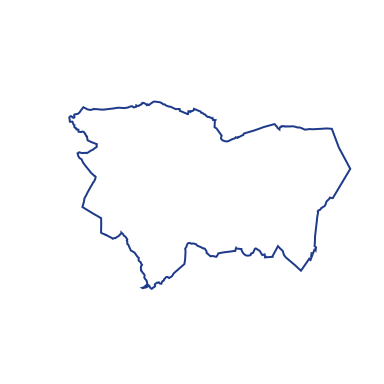 the district of Irimbo, Michoacán, Mexico, rotated 110°
{"feature_id": "50627088B92486141499695", "entity_name": "Irimbo", "entity_type": "district", "adm_level": 2, "iso_a3": "MEX", "parent_name": "Mexico", "parent_adm1": "Michoacán", "projection": "orthographic", "projection_center": [-100.467, 19.711], "detail": "fine", "context": "isolated", "style": "outline", "palette": "blue", "viewbox_px": 384, "rotation_deg": 110, "n_neighbors": 0, "source": "geoboundaries", "source_scale": "gbopen_adm2", "svg_char_len": 6030}
<svg xmlns="http://www.w3.org/2000/svg" viewBox="0 0 384 384"><g transform="rotate(110 192 192)"><path d="M194.8,312.7L196.7,311.5L198.0,310.2L198.7,308.8L199.0,307.0L201.5,304.6L203.9,301.0L207.1,295.6L208.6,293.3L209.6,290.7L210.2,289.6L210.2,288.6L210.7,287.7L213.0,287.4L215.4,287.6L217.4,288.3L219.5,288.5L221.2,288.9L228.2,290.0L231.2,290.3L234.7,290.9L237.7,290.3L243.6,289.8L246.0,278.0L247.7,268.4L255.6,265.5L261.2,263.6L261.6,262.8L261.7,258.4L261.9,258.4L261.9,257.8L261.9,256.4L262.1,255.9L262.4,253.8L262.5,252.3L263.0,250.4L262.5,250.1L262.0,249.3L261.8,249.0L261.6,248.7L261.6,248.3L258.0,245.6L256.0,244.8L255.3,244.6L255.0,244.1L254.8,244.0L254.4,244.2L255.3,242.2L255.8,241.7L256.5,240.7L256.6,239.7L256.7,239.3L258.7,236.6L259.9,236.7L260.5,235.9L261.7,235.6L262.4,235.2L263.1,234.9L263.2,233.9L263.8,233.4L266.5,230.8L267.9,229.4L268.2,227.2L268.6,225.3L271.3,221.4L271.9,220.2L272.2,219.4L273.7,219.1L274.6,218.7L275.1,217.8L275.4,216.8L275.5,216.2L276.9,215.1L277.6,214.0L278.7,214.3L279.3,214.5L280.5,214.2L283.3,213.0L283.3,212.5L284.6,211.0L285.6,209.0L286.2,208.4L286.8,207.9L288.7,207.6L289.9,206.1L290.6,204.5L291.4,204.1L292.2,203.3L292.5,203.2L293.2,202.8L293.8,202.7L295.0,202.9L295.3,203.2L296.8,203.9L297.9,204.6L299.1,206.1L299.2,205.4L297.2,202.4L296.2,201.4L294.5,200.8L294.8,200.0L296.0,198.8L296.7,197.5L296.7,196.7L295.6,196.1L294.2,195.0L293.1,194.4L291.7,195.3L290.4,194.9L289.0,193.2L288.9,193.3L288.8,193.1L288.3,192.3L288.5,192.2L288.6,191.9L289.0,190.7L288.7,189.4L287.3,189.5L285.8,189.2L285.5,188.7L284.8,188.2L283.6,188.4L283.2,188.1L281.3,187.4L280.7,187.0L280.3,186.3L280.3,185.7L280.3,185.2L280.7,184.1L278.3,182.2L276.7,181.7L274.8,181.4L262.2,174.5L257.4,175.5L249.9,177.8L247.6,179.0L245.4,178.5L244.3,178.6L242.3,178.5L241.7,178.3L241.3,177.8L240.8,177.1L240.6,176.4L240.7,175.5L240.8,174.9L240.0,173.4L239.8,171.8L239.7,170.1L240.4,169.3L240.7,168.1L240.7,165.6L241.2,162.1L241.2,161.9L240.8,161.5L240.8,161.1L241.0,160.4L241.8,159.2L242.8,158.1L244.4,157.3L244.4,156.7L244.5,156.5L244.7,155.9L245.2,155.1L245.3,154.7L245.4,154.2L245.5,153.9L245.9,153.3L246.0,152.4L245.5,151.7L245.2,151.0L245.0,150.1L244.7,147.9L244.7,147.1L244.4,146.9L242.9,146.5L240.7,146.3L238.1,142.0L236.0,137.9L232.8,131.8L232.6,131.2L231.2,131.4L229.5,131.4L229.7,131.1L229.8,130.4L228.7,126.1L229.2,126.0L231.5,123.6L232.2,122.5L233.0,120.6L233.1,119.1L232.7,117.8L231.8,116.0L231.0,115.3L230.3,115.4L229.5,115.4L228.3,113.8L224.1,113.5L223.7,113.4L223.2,112.7L223.3,112.2L224.2,108.2L227.3,104.3L225.8,102.5L227.8,101.2L227.7,100.9L228.4,100.9L225.3,94.0L224.4,94.3L213.5,92.7L214.8,90.2L216.2,86.9L217.0,86.0L218.3,85.2L219.7,84.0L221.3,81.7L225.7,69.8L228.7,62.7L215.1,59.1L215.2,58.5L214.7,58.6L215.2,57.4L213.6,57.4L210.9,57.3L211.2,58.2L209.0,58.5L208.6,58.7L208.5,58.3L208.5,57.3L204.1,57.2L204.0,56.7L204.5,55.9L202.4,56.4L201.6,56.5L200.9,58.3L197.1,59.4L192.8,60.8L190.7,61.4L176.9,64.7L173.4,65.6L167.9,66.6L167.2,67.2L166.6,66.9L166.1,67.0L165.7,66.4L164.8,65.5L162.8,65.0L162.1,64.2L161.6,64.0L159.9,62.6L157.9,62.2L155.6,62.4L154.2,62.1L152.6,61.2L151.5,60.7L150.1,60.5L150.0,58.9L149.6,57.6L116.1,51.2L99.9,69.3L84.8,82.2L85.8,85.7L86.4,87.7L87.7,90.5L91.7,99.9L92.7,103.2L94.0,105.6L94.8,107.3L94.5,111.5L94.6,113.2L95.3,114.8L95.3,116.2L95.6,119.2L96.7,122.1L97.1,122.5L97.4,124.0L97.6,124.7L98.1,125.2L98.2,126.0L98.4,126.5L98.7,126.9L98.5,127.4L98.7,128.0L98.7,128.4L99.0,128.6L99.4,129.3L99.4,129.5L99.3,130.1L99.6,130.3L100.2,130.4L100.3,130.5L100.4,131.0L100.5,131.2L101.0,131.1L102.5,131.6L103.3,131.3L102.6,133.4L101.9,134.2L101.3,135.0L101.1,135.9L100.8,136.1L100.0,137.4L100.0,137.6L100.1,137.9L106.5,146.9L110.4,151.5L113.6,155.5L119.1,163.0L120.0,163.4L120.9,163.3L121.6,164.2L124.4,166.7L124.5,167.5L125.6,167.7L125.6,169.6L126.8,170.0L129.4,173.1L131.3,174.7L132.5,176.3L133.0,178.5L133.0,180.9L132.4,182.3L131.9,182.9L131.1,183.3L128.9,183.4L127.5,185.5L127.2,185.9L124.0,190.5L123.3,193.0L117.2,194.9L116.5,194.6L116.7,196.0L117.1,196.8L116.6,197.1L115.6,197.9L116.0,198.1L115.9,199.2L115.7,200.3L115.8,201.5L115.6,201.6L116.1,203.0L115.4,205.2L115.0,205.5L114.8,205.9L114.7,206.8L114.8,207.6L114.2,208.9L114.3,210.7L113.5,211.3L113.2,218.6L114.6,218.4L114.9,218.6L115.9,219.6L116.5,221.1L117.3,220.9L117.3,221.1L117.2,222.9L117.3,223.0L120.1,222.3L120.3,222.5L119.9,229.7L119.9,231.2L118.3,231.9L118.6,233.1L119.7,235.6L119.6,237.3L119.3,240.1L119.2,241.4L119.6,242.5L119.6,245.9L119.5,246.3L119.0,247.6L119.5,248.9L118.9,250.3L118.9,250.7L118.6,252.6L119.3,255.7L119.6,257.4L120.1,258.6L120.4,259.1L123.0,261.0L124.3,261.7L125.1,262.3L125.2,262.6L125.0,262.9L124.8,263.6L125.8,264.1L125.3,264.9L124.9,266.6L125.0,268.5L125.2,269.1L125.8,269.2L126.1,269.5L126.5,269.3L127.2,269.7L128.3,270.9L129.3,271.5L129.7,272.6L129.7,274.0L131.0,273.6L132.5,275.8L131.9,277.3L131.9,277.7L132.0,278.0L132.6,278.9L133.3,279.8L134.4,281.0L134.9,281.8L136.2,284.0L137.9,289.9L139.6,293.1L140.3,294.2L142.9,299.5L143.7,301.0L144.7,303.0L145.4,304.7L146.8,310.1L147.3,311.6L147.8,312.8L147.7,312.9L148.3,313.4L149.8,315.9L150.1,318.7L149.9,319.8L149.5,323.1L153.3,324.3L155.7,324.9L157.4,325.8L159.3,328.9L159.9,329.1L160.8,328.7L161.2,328.4L162.0,328.0L162.7,328.4L162.9,328.9L162.7,329.8L162.2,330.9L162.1,331.7L162.8,332.5L163.9,332.8L166.2,331.5L167.0,331.2L167.7,330.8L167.5,330.0L166.8,328.4L167.9,327.4L169.1,326.5L169.4,325.3L170.8,325.0L171.4,324.6L171.4,324.1L171.8,323.4L171.7,322.7L172.1,322.2L172.5,322.2L172.7,321.8L172.4,321.6L172.3,321.2L172.5,320.6L172.4,320.6L172.3,320.1L172.9,319.9L174.2,319.2L173.9,318.3L173.8,317.3L173.4,316.4L172.7,315.8L172.6,314.2L173.7,312.6L173.7,312.3L174.3,312.1L175.1,310.8L175.5,310.7L175.6,310.4L175.6,310.0L176.0,309.5L176.3,309.4L176.6,309.3L178.2,308.3L179.1,307.8L179.5,304.2L179.6,297.8L180.9,297.6L181.5,297.1L182.6,297.1L183.8,298.2L185.9,299.4L187.6,301.1L190.7,303.4L191.5,304.2L191.4,305.0L193.0,308.5L193.2,310.5L193.2,311.4L193.8,312.1L194.4,312.1L194.8,312.7Z" fill="none" stroke="#1e3a8a" stroke-width="2"/></g></svg>